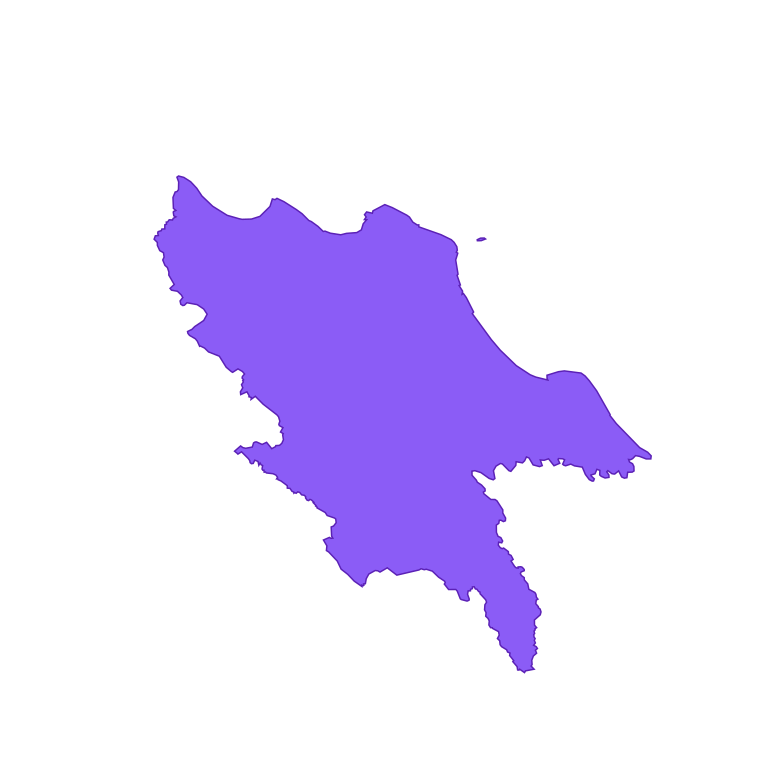 the district of Ogan Komering Ilir, Sumatera Selatan, Indonesia, rotated 306°
{"feature_id": "22746128B6554957987252", "entity_name": "Ogan Komering Ilir", "entity_type": "district", "adm_level": 2, "iso_a3": "IDN", "parent_name": "Indonesia", "parent_adm1": "Sumatera Selatan", "projection": "equal_earth", "projection_center": [105.107, -3.327], "detail": "fine", "context": "isolated", "style": "filled", "palette": "violet", "viewbox_px": 768, "rotation_deg": 306, "n_neighbors": 0, "source": "geoboundaries", "source_scale": "gbopen_adm2", "svg_char_len": 6169}
<svg xmlns="http://www.w3.org/2000/svg" viewBox="0 0 768 768"><g transform="rotate(306 384 384)"><path d="M241.8,302.6L241.6,305.9L241.4,307.0L240.8,306.8L245.4,308.6L243.9,318.1L243.1,320.4L241.7,321.9L241.6,323.6L242.9,324.9L246.4,324.2L247.3,327.6L244.7,330.5L247.2,330.2L246.4,332.1L246.7,333.7L243.5,335.3L243.0,336.7L243.7,337.5L242.2,338.9L243.2,339.8L242.9,341.1L246.2,347.0L246.8,350.1L246.0,352.7L244.1,352.9L244.8,353.8L244.3,354.5L245.0,357.7L244.9,365.5L242.9,367.0L244.3,369.3L243.1,372.6L243.5,374.5L242.7,375.3L243.6,375.6L244.0,377.2L246.0,377.6L246.7,379.5L245.9,382.5L247.1,384.9L246.8,386.9L245.7,387.5L244.8,390.1L245.4,391.6L247.1,391.9L247.5,393.5L247.1,396.8L246.4,396.5L245.7,400.4L245.1,400.4L245.0,402.4L244.4,402.7L245.5,412.0L244.2,415.3L246.5,422.8L246.4,424.3L243.7,426.8L239.5,426.7L237.3,425.3L230.1,431.1L229.2,433.2L227.9,431.7L227.8,430.0L222.2,426.7L219.5,432.9L215.4,435.3L215.6,438.0L213.3,450.2L209.0,458.1L208.7,466.6L207.0,475.8L207.2,485.2L208.3,484.4L208.5,485.7L209.5,486.0L210.3,485.0L211.5,486.3L216.0,484.1L221.3,483.4L227.9,486.5L229.2,488.7L229.5,491.3L237.2,494.7L236.9,506.7L254.1,521.6L256.3,522.6L257.4,525.7L259.0,527.1L261.0,533.1L259.8,541.7L260.1,548.9L259.3,550.3L257.6,550.4L255.7,557.1L260.0,562.9L259.5,565.0L255.1,571.9L255.0,573.1L257.2,578.8L259.0,579.9L260.1,579.4L263.0,575.2L266.1,573.7L267.5,575.5L268.8,574.7L270.4,575.8L271.8,574.8L273.0,576.1L271.9,578.4L272.6,579.7L271.7,582.6L272.1,583.9L270.8,585.0L269.2,593.1L267.8,595.2L264.7,595.4L260.4,598.1L259.0,601.0L255.9,602.8L255.5,605.9L254.2,608.4L250.7,610.5L249.5,613.4L250.5,614.9L250.1,615.6L251.0,622.2L248.6,624.8L244.7,625.4L244.3,628.5L241.3,631.2L240.6,633.5L241.1,639.4L239.8,641.5L240.4,644.1L238.2,645.2L236.4,651.6L235.1,651.4L233.6,657.8L231.2,660.2L231.9,661.4L233.0,661.4L233.1,667.3L235.1,667.1L241.5,673.1L242.3,668.8L244.1,668.7L247.4,665.9L251.8,664.7L255.9,665.7L257.6,663.0L260.2,663.6L261.0,661.5L260.6,658.6L263.5,658.7L264.9,656.3L266.9,655.9L267.5,654.1L269.4,652.4L270.6,652.6L272.3,650.6L273.9,650.8L274.7,650.0L276.6,650.7L277.4,647.5L281.5,644.4L289.1,646.1L291.9,645.0L293.7,642.6L293.8,640.3L294.6,639.7L295.5,635.9L298.7,634.2L300.4,635.0L301.1,632.6L303.2,630.5L304.0,628.6L303.1,621.8L306.8,617.8L308.0,612.7L309.8,611.2L309.8,607.8L310.7,605.8L312.5,605.4L315.4,607.2L316.4,606.4L317.0,603.6L316.6,602.1L314.8,600.0L313.9,600.7L313.0,599.1L313.1,597.1L315.5,590.8L318.0,591.6L320.0,587.6L319.6,584.7L321.5,583.1L321.6,577.2L320.3,576.4L319.9,574.3L320.8,571.2L323.4,569.7L324.7,572.6L326.7,572.3L328.4,568.8L327.8,565.8L330.0,562.2L335.9,557.8L338.7,558.8L341.5,557.4L342.5,558.6L342.9,561.5L344.7,562.6L347.0,561.2L349.4,556.0L352.0,554.1L355.9,544.0L355.8,541.7L353.4,538.3L353.9,529.3L355.0,527.9L356.9,528.7L358.6,527.3L359.6,522.3L359.4,517.2L360.5,515.2L361.9,508.9L365.2,506.4L367.3,508.5L369.3,514.5L369.4,524.6L370.7,528.7L372.7,529.3L378.2,523.5L383.4,522.9L388.0,524.8L388.9,526.7L387.3,536.0L387.9,538.0L395.6,538.5L398.8,536.6L401.6,542.4L404.6,542.9L408.7,542.1L409.4,544.8L406.2,552.2L408.6,558.4L411.0,560.0L414.4,555.1L416.4,558.4L420.2,561.1L417.8,569.6L423.2,572.8L425.3,569.1L426.2,569.0L428.5,572.5L428.9,574.6L424.1,575.7L424.0,577.2L424.6,579.0L429.0,582.2L429.7,586.2L433.3,593.3L429.2,600.1L427.3,606.3L427.8,609.5L428.7,610.5L430.9,609.9L431.4,605.6L432.0,604.9L435.4,607.5L440.1,606.4L441.0,609.4L437.2,612.0L437.0,614.1L437.9,618.1L440.7,620.9L442.6,619.4L443.9,615.8L445.5,616.0L445.4,621.1L446.2,622.7L446.8,623.6L451.6,624.9L448.5,630.9L449.1,633.8L451.0,635.6L455.8,633.0L458.6,636.6L460.6,637.4L464.2,634.6L465.6,631.9L465.2,628.5L466.7,626.2L467.6,627.9L469.7,629.0L473.9,629.6L475.6,633.1L477.5,640.2L480.2,643.9L482.9,642.4L483.8,637.4L482.8,628.2L488.5,595.2L491.4,585.1L492.2,584.9L503.5,560.0L507.3,548.2L508.7,542.0L508.7,537.0L500.6,522.2L496.5,517.9L486.9,510.7L484.3,512.7L483.5,514.2L478.8,502.7L477.4,496.8L476.6,480.2L479.7,458.2L483.0,444.7L492.8,414.1L494.9,414.2L502.3,399.8L503.9,395.0L502.5,394.4L505.3,393.0L507.8,386.9L509.0,387.6L514.9,379.2L516.3,379.4L526.5,369.1L533.2,366.8L533.1,365.0L535.3,364.7L537.9,362.2L539.8,357.5L540.3,353.6L538.3,342.3L531.6,319.8L533.2,318.6L532.2,317.4L531.9,312.2L534.0,306.5L534.0,303.3L531.6,287.1L529.6,279.2L517.6,273.3L515.3,274.2L513.0,268.8L509.5,268.7L508.6,271.4L505.5,271.5L506.8,273.4L501.4,273.0L495.4,275.1L490.5,273.0L483.8,265.1L479.3,261.3L474.5,252.0L473.0,246.4L471.7,245.2L472.7,237.9L472.7,229.8L472.1,227.0L473.6,217.7L473.6,210.5L472.7,195.9L471.3,188.3L469.1,187.5L468.1,184.9L460.6,187.4L446.7,185.1L439.5,179.8L433.8,172.4L432.6,169.8L428.3,158.0L427.1,140.9L429.1,126.1L432.3,117.5L434.0,108.7L433.5,100.6L431.5,95.5L429.6,94.9L426.8,99.1L420.4,103.5L418.0,103.4L416.6,102.2L410.9,103.6L402.3,110.4L402.1,113.6L399.8,112.3L398.9,112.7L396.5,115.1L396.9,117.4L394.1,116.1L392.4,116.5L390.6,113.7L387.9,113.7L387.0,112.7L385.5,114.1L384.0,113.1L380.6,115.5L378.8,113.2L377.2,113.7L374.5,111.7L373.1,112.2L371.5,114.2L369.5,111.9L366.0,112.9L365.3,117.4L362.9,119.2L360.1,124.2L360.6,128.4L357.4,131.5L354.3,132.1L351.2,137.1L350.9,140.3L348.1,144.2L345.6,145.9L341.2,155.8L335.6,154.7L335.0,156.9L337.6,162.4L336.9,167.7L335.7,170.4L331.3,170.2L329.1,172.7L329.2,175.1L330.4,176.2L333.9,176.8L338.4,186.2L338.7,194.0L336.5,199.9L329.4,200.8L319.2,197.1L315.3,196.5L311.0,194.2L309.7,195.6L309.0,198.1L309.7,204.8L308.9,207.8L306.1,212.7L306.8,213.1L307.6,217.7L306.8,223.2L309.7,234.4L304.8,246.5L304.3,253.4L304.5,254.7L310.4,257.0L310.9,262.1L310.1,265.3L306.9,265.0L305.4,265.7L304.8,268.0L303.7,267.7L303.0,269.0L299.7,269.1L297.9,272.0L293.3,272.4L291.2,274.3L297.1,277.7L295.1,282.1L294.3,282.2L295.1,284.6L293.4,285.5L298.4,287.1L296.6,298.3L296.1,315.5L295.5,317.9L292.7,321.6L289.6,322.6L288.8,323.8L289.3,327.9L284.3,328.5L284.6,331.7L283.3,331.9L279.8,335.4L275.9,336.2L272.9,335.5L270.6,332.7L269.5,333.0L265.7,331.2L267.8,323.3L263.5,320.9L262.2,314.9L261.3,313.8L259.7,313.1L255.6,314.5L250.7,309.9L249.6,307.2L249.6,304.4L241.8,302.6ZM555.5,374.6L554.8,375.3L557.1,378.4L561.0,380.9L561.0,379.3L558.7,376.3L555.5,374.6Z" fill="#8b5cf6" stroke="#5b21b6" stroke-width="1.5"/></g></svg>